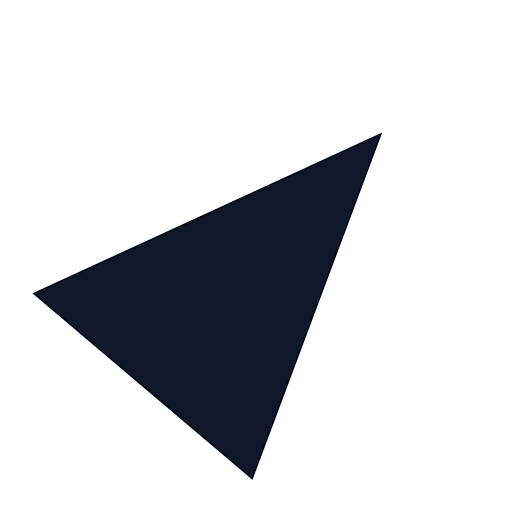 Anabar, orthographic projection, rotated 311°
{"feature_id": "NRU-4979", "entity_name": "Anabar", "entity_type": "state/province", "adm_level": 1, "iso_a3": "NRU", "parent_name": "Nauru", "parent_adm1": "", "projection": "orthographic", "projection_center": [166.943, -0.497], "detail": "fine", "context": "isolated", "style": "filled", "palette": "ink", "viewbox_px": 512, "rotation_deg": 311, "n_neighbors": 0, "source": "natural_earth", "source_scale": "10m", "svg_char_len": 216}
<svg xmlns="http://www.w3.org/2000/svg" viewBox="0 0 512 512"><g transform="rotate(311 256 256)"><path d="M81.9,112.9L430.1,270.2L85.5,399.1L81.9,112.9Z" fill="#0f172a" stroke="#020617" stroke-width="1.5"/></g></svg>